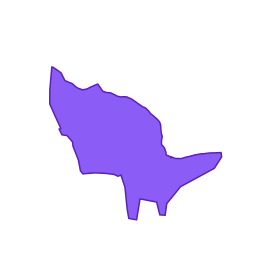 Ravine Chabot, Castries, Saint Lucia, rotated 146°
{"feature_id": "8701671B75024298551322", "entity_name": "Ravine Chabot", "entity_type": "district", "adm_level": 2, "iso_a3": "LCA", "parent_name": "Saint Lucia", "parent_adm1": "Castries", "projection": "albers", "projection_center": [-60.977, 14.0], "detail": "fine", "context": "isolated", "style": "filled", "palette": "violet", "viewbox_px": 256, "rotation_deg": 146, "n_neighbors": 0, "source": "geoboundaries", "source_scale": "gbopen_adm2", "svg_char_len": 3267}
<svg xmlns="http://www.w3.org/2000/svg" viewBox="0 0 256 256"><g transform="rotate(146 128 128)"><path d="M185.7,165.5L185.7,165.3L186.6,159.3L183.6,156.6L182.8,155.8L182.2,151.0L181.8,147.4L182.9,145.3L183.7,143.9L187.1,129.0L191.4,119.1L191.0,115.1L189.4,114.3L180.4,109.2L174.9,105.1L171.7,102.7L165.4,97.2L163.5,93.8L160.7,92.9L160.1,92.8L160.3,92.4L163.3,81.7L163.5,80.9L168.3,71.9L171.4,66.2L174.6,60.0L177.9,52.6L175.4,50.1L172.2,47.1L166.6,53.0L157.7,62.5L145.7,50.6L150.2,38.2L146.0,34.9L138.2,43.6L117.2,50.0L79.0,46.3L66.5,51.7L64.6,55.6L64.9,55.8L65.4,56.1L67.1,57.1L67.9,57.6L69.0,58.3L69.9,58.8L71.9,60.2L73.1,60.8L74.1,61.6L75.5,62.2L76.3,62.7L78.1,63.6L79.7,64.3L80.7,65.1L81.7,65.6L82.8,66.1L84.2,66.7L85.2,67.2L86.3,67.7L87.6,68.3L88.7,68.6L89.7,68.9L90.8,69.4L92.0,69.8L93.3,70.2L94.4,70.7L95.6,71.2L96.6,71.5L98.1,72.0L99.4,72.3L100.2,72.6L101.3,73.1L102.3,73.8L103.3,74.5L104.2,75.2L105.2,75.8L106.3,76.9L107.0,78.0L107.5,78.7L108.2,79.6L109.0,80.8L109.8,81.7L110.3,82.7L111.2,83.9L111.3,84.8L110.4,86.1L110.0,87.0L109.9,87.9L109.5,89.0L109.0,90.6L109.0,91.6L109.1,92.8L109.1,93.7L109.5,95.3L108.9,96.4L108.3,97.4L107.4,98.5L106.6,99.6L105.7,100.4L105.1,101.1L104.3,101.8L103.8,103.6L103.4,104.7L103.0,105.6L102.2,107.3L101.8,107.8L101.3,108.9L100.7,109.9L100.1,110.8L100.0,111.1L99.3,112.1L99.1,112.8L98.9,113.4L98.8,114.1L98.5,115.2L98.4,115.5L98.6,116.6L98.7,117.7L98.8,118.4L98.9,119.0L99.0,119.5L99.3,120.5L99.5,121.3L99.6,121.6L99.9,123.0L100.2,123.9L100.6,125.3L100.7,125.8L100.9,126.3L101.2,127.1L101.3,127.5L101.3,128.5L101.3,128.8L101.4,130.2L101.5,131.3L101.8,132.5L101.9,132.8L102.0,133.6L102.4,135.1L102.6,135.3L103.0,136.0L103.7,137.0L104.3,138.0L104.7,139.4L104.8,139.7L105.1,140.2L105.6,141.5L106.0,142.6L106.5,144.0L106.9,145.0L107.2,145.9L107.3,146.3L107.7,147.1L108.0,147.8L108.2,148.4L108.4,149.1L108.6,149.7L108.9,150.1L109.2,150.7L109.9,151.6L110.9,153.1L111.3,154.0L111.9,154.7L112.8,155.4L113.2,155.7L114.1,156.4L114.8,156.8L115.1,156.9L116.1,157.5L117.0,158.1L117.2,158.3L117.7,158.9L118.9,160.2L119.1,160.4L119.5,161.1L119.7,161.6L120.0,162.2L120.7,163.4L121.0,163.9L121.3,164.4L121.6,165.0L121.8,165.4L122.5,166.4L122.9,167.0L123.1,167.3L123.5,167.6L124.3,168.1L125.0,168.7L125.9,169.4L126.9,170.7L127.5,171.5L127.8,171.8L128.4,172.6L128.4,173.1L128.4,173.5L128.4,175.3L128.3,176.6L128.4,177.7L128.5,178.9L128.4,180.4L128.6,181.4L129.6,181.6L130.2,181.7L130.5,181.7L131.7,182.1L132.3,182.1L132.8,182.2L134.2,182.4L135.4,182.7L136.5,182.9L137.5,183.0L139.1,183.2L140.0,183.3L140.6,183.5L141.2,183.7L142.4,184.2L142.8,184.4L143.4,184.7L144.5,185.2L145.2,186.3L145.9,187.3L146.5,188.0L146.9,188.5L147.2,189.0L147.4,189.4L147.9,190.4L148.3,191.6L148.7,193.1L148.9,194.0L149.1,194.7L149.2,195.3L149.6,196.3L150.4,197.5L151.3,198.5L151.5,198.8L151.8,199.5L152.4,200.4L153.2,201.6L153.6,202.7L153.7,203.3L153.7,203.7L153.5,204.8L153.3,206.4L153.2,207.0L153.1,207.5L153.0,208.9L152.9,209.4L152.7,210.0L152.7,210.4L152.7,211.2L153.1,212.3L153.2,212.6L153.5,213.3L154.0,214.9L154.8,216.8L155.7,219.0L156.2,220.4L157.1,221.1L166.5,209.5L171.5,203.3L175.4,197.6L179.4,191.7L181.7,178.9L183.9,165.3L185.3,165.4L185.7,165.5ZM108.2,79.6L109.0,79.4L108.9,80.2L108.2,79.6Z" fill="#8b5cf6" stroke="#5b21b6" stroke-width="1.5"/></g></svg>